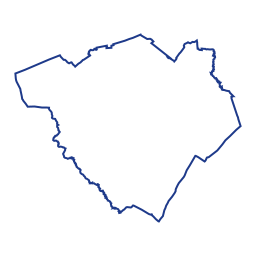 the district of Potcoava, Olt, Romania
{"feature_id": "2599482B96526679969139", "entity_name": "Potcoava", "entity_type": "district", "adm_level": 2, "iso_a3": "ROU", "parent_name": "Romania", "parent_adm1": "Olt", "projection": "orthographic", "projection_center": [24.625, 44.467], "detail": "fine", "context": "isolated", "style": "outline", "palette": "blue", "viewbox_px": 256, "rotation_deg": 0, "n_neighbors": 0, "source": "geoboundaries", "source_scale": "gbopen_adm2", "svg_char_len": 5654}
<svg xmlns="http://www.w3.org/2000/svg" viewBox="0 0 256 256"><path d="M159.0,221.4L159.3,220.7L160.5,218.9L162.9,216.1L164.4,210.1L165.3,208.3L166.2,205.6L167.6,203.2L168.6,201.0L172.1,196.7L174.7,192.9L175.6,191.2L175.7,189.6L175.9,188.9L177.5,185.5L178.8,183.1L183.8,177.0L184.7,175.4L186.7,170.3L189.9,165.2L195.3,155.9L195.8,155.9L198.3,157.2L204.6,161.5L205.0,161.2L205.7,160.2L206.3,158.8L206.9,157.6L207.3,157.4L208.3,157.3L208.8,157.1L217.3,150.5L222.4,144.4L225.4,140.3L230.1,136.0L236.3,129.8L240.6,126.1L238.3,119.1L238.0,117.4L237.2,115.6L231.5,98.4L231.4,96.8L232.4,96.7L232.9,96.2L233.3,96.2L229.9,92.7L229.2,91.2L226.3,90.7L224.2,90.0L223.0,90.0L221.9,89.6L221.9,89.4L222.3,89.2L222.3,88.6L222.2,88.4L221.4,88.3L221.2,88.0L222.0,87.8L222.0,87.4L221.1,87.3L221.0,87.1L221.2,86.7L220.1,87.1L219.7,86.7L220.1,85.9L219.6,84.8L219.6,84.1L220.2,83.1L219.7,83.2L219.6,82.8L219.8,82.3L219.4,81.5L219.0,81.5L218.7,82.7L218.0,82.4L217.6,81.8L218.2,81.8L218.3,81.6L217.8,81.1L217.8,80.9L218.0,80.8L217.5,80.1L216.4,79.6L216.4,79.2L216.8,79.0L216.2,78.1L215.1,78.4L214.8,77.9L214.1,77.5L213.6,76.4L212.7,76.0L212.3,75.0L211.1,74.5L211.1,73.7L210.8,73.0L211.2,73.1L211.6,72.7L212.0,72.7L211.9,71.6L212.1,71.2L212.7,70.9L213.4,71.1L213.6,70.9L213.1,69.4L213.9,69.2L213.6,68.3L213.8,66.9L213.0,66.8L212.8,66.5L213.0,65.9L212.9,65.3L213.6,64.9L213.7,64.5L213.3,64.3L213.3,63.8L213.5,63.5L213.4,63.2L213.5,62.9L213.2,62.6L213.1,62.2L213.1,61.8L213.6,61.3L213.3,59.9L213.4,59.5L214.1,58.9L214.4,58.8L214.6,57.8L215.1,57.4L215.0,56.2L214.8,56.0L214.3,55.8L213.8,56.0L213.0,55.7L213.4,54.8L213.9,54.7L213.8,54.0L214.3,53.8L213.9,53.3L214.0,53.1L214.6,52.9L214.4,51.5L214.1,51.1L213.6,51.1L213.6,49.8L213.0,49.4L212.4,49.3L209.8,49.5L207.5,49.2L206.3,49.4L205.1,48.8L204.2,48.9L202.2,48.6L201.6,48.6L201.8,50.1L199.5,49.9L198.4,49.2L198.3,48.6L197.6,48.6L197.2,44.1L197.2,42.6L196.8,40.5L195.5,41.5L194.2,42.1L192.5,41.9L190.3,43.3L188.6,42.7L188.0,42.3L186.9,43.0L184.9,43.9L184.5,44.2L183.8,45.8L184.3,47.0L184.2,47.4L181.6,51.0L180.1,52.9L179.7,53.1L178.8,54.3L176.2,58.0L176.5,58.6L176.0,59.5L174.3,61.4L174.1,61.0L169.6,58.1L168.4,58.1L167.8,57.4L169.4,57.4L151.4,43.2L153.4,41.5L151.5,39.5L150.1,38.8L147.2,39.0L141.3,35.5L140.8,35.1L140.6,34.6L132.8,37.9L129.3,39.0L124.9,40.7L113.3,44.2L113.5,45.2L111.4,45.7L111.4,47.8L106.6,48.1L106.9,46.9L106.5,46.9L106.7,45.7L96.4,47.7L96.3,48.4L96.8,49.3L96.7,49.6L96.3,49.8L95.7,49.7L95.0,49.0L94.4,48.8L94.1,49.2L93.9,49.7L93.4,50.1L92.6,50.2L91.4,50.1L90.9,49.8L90.5,49.9L90.2,50.5L89.6,50.8L88.9,51.7L88.8,52.2L89.0,52.5L88.4,53.5L88.5,54.3L89.4,54.4L90.1,55.5L83.8,59.7L82.7,60.1L81.8,61.2L81.3,61.5L80.7,62.3L78.4,63.7L75.2,66.6L74.8,66.0L73.1,64.6L71.6,62.4L71.2,62.3L69.1,63.3L67.4,62.3L66.2,60.8L64.9,59.8L63.6,59.8L60.8,56.8L59.9,55.3L48.9,59.6L25.0,69.8L15.4,73.5L15.8,78.5L16.1,80.2L16.6,81.7L20.3,88.9L20.5,90.3L21.8,96.4L22.2,99.0L22.9,99.8L23.2,100.6L25.9,104.0L27.7,106.7L34.5,106.5L41.7,107.5L46.0,107.5L49.0,107.7L48.9,108.7L49.4,109.7L51.3,111.8L51.8,112.9L51.8,114.4L52.4,115.8L52.3,116.4L51.9,117.5L52.0,117.9L52.9,118.6L55.2,118.9L56.1,120.8L57.2,122.3L57.3,122.8L57.0,123.8L57.1,124.1L58.2,124.9L57.4,125.3L57.1,125.8L57.2,127.0L58.1,127.9L58.3,129.3L58.6,130.0L58.4,130.2L58.4,130.4L59.7,131.8L59.6,132.3L58.6,133.3L58.1,134.3L57.3,134.7L56.7,135.6L56.2,135.6L55.7,136.0L55.2,135.9L54.8,136.5L54.6,137.1L54.0,137.3L53.7,137.7L53.7,138.3L53.4,138.7L53.2,140.1L54.1,140.8L54.9,140.8L55.2,140.6L56.4,140.7L57.3,141.5L57.9,141.6L58.0,142.2L58.5,142.5L58.3,143.0L58.8,143.7L58.6,144.5L58.2,144.7L58.1,145.5L58.2,146.3L58.5,146.6L59.1,146.9L60.7,146.6L62.0,146.9L62.9,147.4L63.4,147.3L64.0,147.5L64.5,148.1L65.3,148.4L65.0,148.7L65.2,149.6L65.1,150.2L63.1,153.9L64.0,156.1L64.2,157.2L65.0,157.8L66.8,158.2L67.8,158.8L69.2,158.2L70.3,158.2L70.4,157.8L70.9,157.9L71.4,157.3L71.8,157.4L71.6,157.8L72.1,158.1L72.1,158.4L72.9,158.2L73.0,158.6L73.3,158.1L73.5,158.1L73.4,159.1L74.3,159.8L74.0,160.5L74.0,161.5L74.6,162.2L74.6,162.5L75.1,162.7L75.0,163.4L75.5,163.9L75.9,163.9L76.1,164.5L75.8,165.0L76.5,166.1L76.5,166.5L76.8,166.6L76.8,167.0L78.7,168.7L79.3,169.0L79.6,168.8L79.9,169.1L80.3,169.9L80.6,170.1L80.3,170.6L80.2,171.4L80.3,172.2L80.6,173.1L81.7,174.0L83.2,174.7L84.0,176.0L84.8,176.6L85.5,178.1L85.9,178.5L86.9,178.8L89.0,180.3L89.1,180.6L89.1,182.0L89.9,182.6L89.8,183.3L90.1,183.3L90.6,182.8L91.1,183.3L92.2,182.7L92.2,183.2L92.5,183.4L94.1,183.3L95.0,184.0L97.3,185.2L97.6,185.1L97.3,184.4L97.7,184.1L98.0,184.2L98.3,184.7L98.8,184.9L98.6,186.0L98.8,186.5L98.4,187.0L99.2,187.7L99.3,188.5L99.9,188.4L100.1,188.6L99.7,189.2L99.8,190.4L100.6,191.0L101.8,191.2L102.1,190.7L102.9,190.7L103.0,191.3L104.0,192.6L103.5,193.0L103.9,193.4L103.9,193.8L104.2,194.0L103.9,194.4L104.3,194.6L104.9,194.4L105.5,194.8L105.5,195.2L105.3,195.5L105.7,195.9L105.1,196.1L105.0,196.4L105.5,196.7L105.6,197.2L105.5,197.6L106.3,197.5L106.3,198.3L106.9,198.4L106.8,198.7L107.0,199.3L108.0,200.1L108.1,200.3L108.0,200.6L109.5,201.1L110.1,201.6L110.4,202.0L110.3,202.5L111.3,203.3L110.9,204.1L111.0,205.0L111.5,205.8L111.4,206.2L111.6,206.3L111.7,206.7L113.1,207.6L112.8,208.1L113.8,207.8L113.9,208.2L114.5,208.0L114.8,208.7L115.0,208.8L115.3,208.6L115.5,208.0L115.7,207.9L116.3,208.5L118.2,209.2L118.9,210.4L118.9,210.8L119.3,211.0L118.7,211.4L119.0,211.7L119.5,211.6L119.4,212.2L119.1,212.6L119.2,213.0L120.6,212.7L120.7,212.3L123.4,209.9L124.1,209.6L126.3,207.3L127.2,207.1L130.9,207.5L132.0,206.7L132.9,205.5L133.5,205.5L141.7,209.7L149.0,214.1L150.6,214.6L151.4,214.4L151.5,214.7L151.9,214.6L152.2,215.5L153.2,216.3L155.9,219.2L158.5,221.4L159.0,221.4Z" fill="none" stroke="#1e3a8a" stroke-width="2"/></svg>